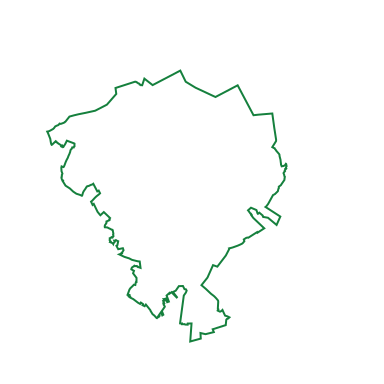 outline of San Diego de la Unión, Guanajuato, Mexico, rotated 57°
{"feature_id": "50627088B13411360723514", "entity_name": "San Diego de la Unión", "entity_type": "district", "adm_level": 2, "iso_a3": "MEX", "parent_name": "Mexico", "parent_adm1": "Guanajuato", "projection": "robinson", "projection_center": [-100.814, 21.457], "detail": "fine", "context": "isolated", "style": "outline", "palette": "green", "viewbox_px": 384, "rotation_deg": 57, "n_neighbors": 0, "source": "geoboundaries", "source_scale": "gbopen_adm2", "svg_char_len": 5805}
<svg xmlns="http://www.w3.org/2000/svg" viewBox="0 0 384 384"><g transform="rotate(57 192 192)"><path d="M62.5,280.5L64.2,280.7L70.2,281.9L73.1,283.2L74.9,283.9L76.0,284.0L76.1,283.6L75.2,278.8L75.7,278.8L75.7,278.4L75.8,278.3L76.1,278.3L76.6,278.5L76.8,278.4L77.7,277.9L78.1,277.9L82.2,276.0L82.4,276.9L82.5,276.9L83.2,276.5L83.3,276.1L83.1,275.7L83.5,275.8L84.1,275.8L84.2,275.4L83.7,274.5L83.4,273.7L82.6,272.0L80.8,269.0L87.0,264.4L87.4,264.2L89.7,265.7L89.7,266.1L89.9,266.4L89.9,266.6L90.2,267.0L89.8,267.4L89.5,267.9L89.6,268.2L89.5,268.3L89.7,268.5L90.3,269.5L90.3,270.0L90.6,270.8L91.1,271.5L92.0,272.3L92.6,273.2L93.0,273.6L94.5,276.0L95.7,277.6L96.9,279.8L98.2,281.8L99.8,283.9L101.0,285.7L101.1,286.2L101.0,286.3L100.4,286.9L99.8,287.2L100.0,287.6L100.3,288.1L100.2,288.1L100.5,288.4L103.5,290.1L104.0,290.2L106.1,290.7L106.8,291.9L107.3,292.1L107.4,292.3L107.9,292.6L108.1,292.9L108.4,293.0L108.4,293.3L108.7,293.6L109.9,294.1L111.5,294.4L111.5,294.1L112.2,293.8L112.6,294.1L112.8,294.5L117.8,294.6L122.5,292.5L127.0,291.4L130.5,289.9L133.3,287.6L135.2,286.4L135.1,286.0L133.2,283.8L132.4,282.5L131.1,279.3L130.7,278.6L130.5,277.9L130.3,277.7L130.1,277.3L130.2,276.4L130.4,276.1L130.7,275.2L131.0,272.7L131.4,271.6L131.3,270.3L139.9,271.1L140.0,269.5L143.0,269.8L143.3,271.3L143.6,274.6L144.0,276.7L145.0,280.6L145.1,281.9L148.7,282.4L148.5,280.9L157.2,282.0L161.1,281.6L161.6,281.5L160.8,276.9L169.2,274.9L169.3,275.2L169.8,276.1L170.2,276.0L170.7,276.5L170.1,279.8L171.3,280.5L171.4,281.0L171.9,281.7L172.3,282.8L172.6,283.3L173.4,284.0L174.1,284.3L175.7,282.2L176.6,281.8L178.5,280.6L180.2,279.7L180.4,279.3L181.0,279.3L181.8,279.7L183.0,280.2L183.9,280.5L184.8,281.4L185.2,281.4L185.7,281.8L185.9,281.8L186.3,282.0L186.3,282.3L186.5,282.8L186.9,283.3L186.8,283.9L186.1,284.0L186.1,284.5L186.0,285.3L186.0,286.0L186.3,286.3L186.7,286.1L186.4,286.4L186.8,286.6L187.5,287.3L187.8,287.3L188.6,287.5L188.6,287.4L189.1,287.2L189.4,288.0L191.9,286.3L192.3,286.4L192.8,286.4L192.4,285.9L191.9,284.8L191.7,283.9L190.4,283.7L190.8,283.1L191.1,282.9L190.9,282.0L191.1,281.9L191.7,281.7L193.1,280.7L196.0,283.6L196.0,284.7L199.8,285.0L201.5,280.6L203.5,281.1L204.4,282.9L204.4,283.3L204.5,283.0L204.6,283.7L205.2,283.4L205.4,283.4L205.5,283.2L204.7,287.0L209.6,284.0L213.5,280.8L216.2,279.3L220.5,275.3L221.8,273.7L227.6,276.5L226.2,277.6L225.7,277.9L225.6,278.1L225.3,278.1L225.2,278.4L225.0,278.5L224.5,278.4L224.4,278.6L223.9,278.8L223.5,279.3L223.2,280.2L222.4,280.5L222.6,281.4L222.6,283.3L223.1,284.3L223.4,284.6L223.8,285.0L226.5,283.6L228.1,285.7L233.8,285.3L237.1,287.5L236.8,287.8L237.3,288.5L237.5,288.7L239.1,290.2L238.1,291.2L238.6,293.3L239.1,296.0L239.7,297.5L242.8,301.6L243.1,301.9L243.2,302.1L243.6,301.9L243.3,301.4L244.2,300.6L245.1,302.0L246.1,301.6L245.7,300.8L247.1,300.9L247.3,301.1L249.8,299.6L255.4,297.6L257.6,296.5L256.9,295.1L259.4,294.1L259.5,294.1L260.0,295.1L262.0,293.9L261.3,292.0L268.2,291.3L268.9,291.4L269.1,291.5L273.0,291.6L275.0,290.9L278.0,290.4L278.5,290.3L278.7,290.1L277.5,287.3L278.5,287.5L278.2,286.6L277.1,286.4L275.9,283.4L279.3,284.1L279.3,282.9L275.4,282.1L273.4,277.3L271.2,276.9L271.1,277.1L269.8,276.7L270.1,275.9L267.7,275.5L268.1,274.3L266.4,274.1L266.6,273.8L267.1,272.0L270.9,272.8L271.3,271.1L265.0,269.7L264.4,266.0L265.0,266.1L264.9,263.6L266.2,263.5L272.1,262.3L272.0,261.9L266.4,262.4L265.5,262.4L265.9,259.4L263.8,254.3L265.9,250.8L269.4,251.2L270.3,250.1L271.8,250.2L273.0,251.9L274.3,255.1L274.4,255.3L295.7,273.6L295.8,273.6L296.8,272.0L297.4,272.4L298.8,270.2L299.4,270.0L300.9,267.9L300.0,267.2L302.0,264.0L316.4,274.9L319.7,264.5L314.9,261.7L318.6,258.1L321.4,250.0L318.4,249.4L322.0,236.2L317.8,232.8L317.5,231.9L317.8,230.6L317.5,228.9L315.6,230.0L313.7,231.6L310.0,231.1L307.5,230.7L307.8,232.1L307.8,232.5L307.6,233.7L305.4,235.1L305.2,235.0L304.8,233.8L304.5,233.7L304.0,233.8L303.8,233.8L298.5,229.9L297.8,229.5L297.3,229.3L296.9,229.3L294.4,229.6L291.8,230.1L290.5,230.5L287.7,231.5L280.7,233.2L275.3,234.8L272.2,225.6L264.8,214.2L268.4,211.4L263.7,198.2L259.9,191.5L259.5,191.5L259.7,190.8L260.0,190.2L260.7,188.0L261.9,182.9L262.3,180.5L262.6,178.3L262.5,177.2L261.8,174.9L260.0,174.4L260.0,171.5L260.4,170.3L261.0,169.7L261.1,159.2L261.8,159.3L261.8,151.2L247.2,154.7L243.9,154.9L243.8,154.4L242.9,154.4L243.0,154.7L238.8,154.9L237.9,155.0L237.3,151.1L242.2,147.8L245.7,148.7L246.2,148.6L246.0,146.8L250.3,145.5L251.1,145.9L251.8,145.9L252.0,145.5L255.0,142.3L265.7,139.0L260.7,131.3L244.6,138.5L244.5,137.5L243.5,134.7L238.7,125.7L238.5,125.1L238.2,125.1L238.8,124.8L238.9,123.5L238.1,119.6L236.4,117.8L236.1,117.1L234.9,116.4L234.8,116.1L234.7,113.8L234.1,112.5L232.2,107.9L231.1,107.1L230.7,106.6L230.3,106.4L229.9,105.9L229.7,105.8L229.4,105.9L228.8,105.8L227.7,105.3L226.1,105.0L225.8,104.7L225.4,103.6L225.4,103.3L225.2,102.7L224.6,102.7L224.2,102.2L224.0,101.2L223.5,101.2L223.3,101.1L223.5,100.1L223.0,100.0L222.5,99.7L222.2,99.4L222.2,99.5L222.0,99.0L222.0,98.8L219.8,97.8L219.5,97.9L220.2,99.5L220.0,101.1L219.3,102.8L218.2,102.5L217.6,102.5L216.8,102.0L215.3,101.3L213.1,100.2L209.8,99.1L208.2,98.3L207.4,98.3L206.7,98.4L203.0,98.9L202.3,98.8L201.3,99.0L200.2,98.9L199.7,99.4L198.1,100.2L195.1,93.8L194.0,93.0L183.1,88.1L169.9,81.9L163.2,94.4L161.1,98.6L127.4,95.6L125.1,120.6L106.5,132.2L96.1,137.2L83.8,135.7L80.9,166.8L71.0,170.2L75.3,175.6L75.0,175.9L74.8,176.3L74.7,176.6L74.1,176.8L73.4,177.4L72.7,177.2L72.1,177.4L71.6,177.9L69.9,178.5L69.7,178.8L69.2,178.9L68.5,179.6L63.1,199.5L68.5,202.1L72.4,215.8L71.1,228.9L67.7,238.0L65.0,244.8L63.4,249.3L62.0,253.7L64.1,259.9L64.0,260.6L64.2,260.9L64.1,262.0L63.4,265.0L62.5,265.8L63.0,267.2L63.0,268.1L62.8,268.7L62.5,271.0L63.0,272.2L63.2,272.9L63.3,273.0L63.5,274.0L63.3,277.3L63.1,279.0L62.5,280.5Z" fill="none" stroke="#15803d" stroke-width="2"/></g></svg>